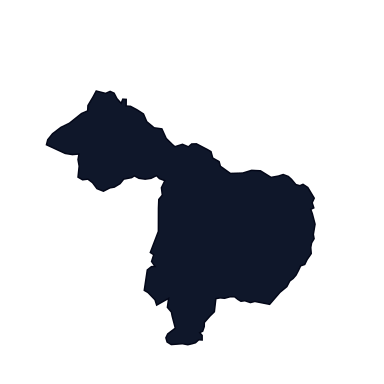 Três Forquilhas, Rio Grande do Sul, Brazil, rotated 148°
{"feature_id": "56859067B63561064901677", "entity_name": "Três Forquilhas", "entity_type": "district", "adm_level": 2, "iso_a3": "BRA", "parent_name": "Brazil", "parent_adm1": "Rio Grande do Sul", "projection": "mercator", "projection_center": [-50.078, -29.445], "detail": "fine", "context": "isolated", "style": "filled", "palette": "ink", "viewbox_px": 384, "rotation_deg": 148, "n_neighbors": 0, "source": "geoboundaries", "source_scale": "gbopen_adm2", "svg_char_len": 1811}
<svg xmlns="http://www.w3.org/2000/svg" viewBox="0 0 384 384"><g transform="rotate(148 192 192)"><path d="M252.9,71.4L250.7,74.8L242.8,77.2L236.5,78.6L228.3,88.9L224.2,87.3L220.7,84.6L215.3,83.0L211.4,80.6L210.0,76.6L208.4,73.4L204.8,71.8L201.1,67.3L196.7,65.9L185.7,55.6L170.6,60.3L161.7,61.5L156.3,64.7L152.0,65.1L147.8,66.4L142.9,69.3L139.0,71.8L134.8,70.8L130.2,73.7L123.5,76.6L120.7,82.0L117.5,85.5L113.2,87.7L111.6,91.7L104.7,99.5L101.4,110.0L100.5,114.4L97.1,114.0L95.8,119.2L91.6,122.0L91.4,134.5L93.8,139.7L97.2,140.2L100.0,143.3L100.9,150.0L102.1,154.2L105.4,158.5L110.2,159.7L117.2,162.5L122.7,173.7L130.0,178.8L139.0,181.2L149.6,187.4L154.3,198.8L152.9,203.4L156.4,209.8L154.5,216.2L156.3,219.6L162.7,230.5L166.8,232.9L171.1,232.2L174.8,237.5L182.5,239.5L183.6,243.1L185.5,251.1L184.1,261.5L190.1,266.5L193.1,275.6L191.8,283.9L195.0,290.7L198.7,297.2L202.3,299.8L198.7,305.4L201.5,307.4L205.1,304.7L206.2,311.0L205.7,317.1L208.1,320.7L213.0,321.4L219.7,328.4L226.0,324.8L234.4,320.5L237.5,316.1L244.1,317.1L259.5,315.3L268.9,316.3L279.4,315.3L286.6,312.8L290.4,309.2L279.1,291.9L273.6,287.1L267.7,284.1L271.5,279.9L274.0,273.7L280.8,265.0L278.3,260.3L273.5,258.1L271.4,252.6L270.8,245.2L266.7,239.6L259.4,239.0L255.3,237.3L248.6,237.2L243.1,239.1L235.6,236.2L232.3,236.2L229.7,231.7L224.9,227.7L219.5,225.3L213.4,224.7L212.5,220.6L209.0,216.0L215.7,211.8L218.8,205.1L224.1,203.3L229.0,196.1L241.4,176.4L259.4,162.8L257.7,159.1L263.1,154.5L262.8,148.4L265.9,150.2L271.2,149.6L284.6,133.9L282.6,130.1L280.5,120.2L281.9,114.8L268.2,114.2L274.0,107.2L273.1,101.1L274.5,97.5L278.3,85.4L287.8,84.5L291.4,82.2L292.6,78.0L290.4,73.6L280.5,68.4L276.5,64.7L272.4,63.3L268.9,62.3L264.6,63.1L261.8,61.1L259.4,65.0L260.0,68.6L256.7,68.3L252.9,71.4Z" fill="#0f172a" stroke="#020617" stroke-width="1.5"/></g></svg>